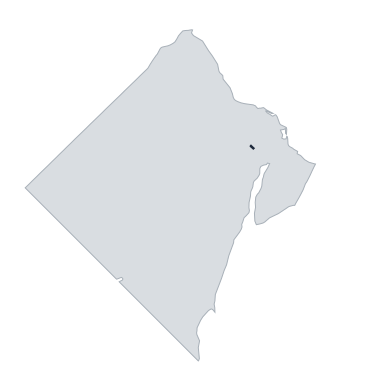 Tura, Al Qahirah, Egypt shown in context, rotated 45°
{"feature_id": "37247803B1884066406604", "entity_name": "Tura", "entity_type": "district", "adm_level": 2, "iso_a3": "EGY", "parent_name": "Egypt", "parent_adm1": "Al Qahirah", "projection": "robinson", "projection_center": [31.303, 29.94], "detail": "fine", "context": "in_parent", "style": "filled", "palette": "slate", "viewbox_px": 384, "rotation_deg": 45, "n_neighbors": 0, "source": "geoboundaries", "source_scale": "gbopen_adm2", "svg_char_len": 3412}
<svg xmlns="http://www.w3.org/2000/svg" viewBox="0 0 384 384"><g transform="rotate(45 192 192)"><path d="M315.9,307.0L309.2,307.0L302.4,307.0L295.6,307.0L288.9,307.0L282.1,307.0L275.4,307.0L268.6,307.0L261.9,307.0L255.1,307.0L248.4,307.0L241.6,307.0L234.9,307.0L228.1,307.0L221.3,307.0L214.6,307.0L207.8,307.0L204.0,307.0L204.6,304.9L205.1,303.4L204.6,302.3L203.3,302.1L202.4,302.4L200.4,306.9L199.4,307.0L197.0,307.0L189.1,307.0L181.2,307.0L173.4,307.0L165.5,307.0L157.6,307.0L149.8,307.0L141.9,307.0L134.0,307.0L126.2,307.0L118.3,307.0L110.4,307.0L102.6,307.0L94.7,307.0L86.8,307.0L79.0,307.0L71.1,307.0L71.2,301.7L71.2,296.3L71.3,291.0L71.3,285.6L71.4,280.3L71.5,274.9L71.5,269.6L71.6,264.2L71.6,258.9L71.7,253.5L71.7,248.2L71.8,242.8L71.8,237.5L71.9,232.1L72.0,226.8L72.1,221.4L72.1,216.1L72.2,210.7L72.3,205.4L72.4,200.0L72.4,194.7L72.5,189.3L72.6,184.0L72.7,178.7L72.8,173.3L72.8,168.0L72.9,162.6L73.0,157.3L73.1,151.9L73.1,146.6L73.2,141.2L73.3,135.9L73.1,134.9L72.1,131.2L71.1,126.6L70.1,120.9L70.0,119.1L68.2,113.3L68.1,111.6L68.6,110.4L71.7,105.5L72.7,103.1L73.5,100.2L73.8,97.9L73.0,94.3L72.0,91.1L71.7,87.8L71.6,84.6L73.2,82.4L75.1,80.3L75.9,79.1L77.0,77.6L77.8,77.0L79.2,79.9L82.4,80.4L92.7,77.8L103.9,80.4L110.2,81.4L119.8,83.6L125.6,87.5L127.2,88.0L131.4,87.9L134.2,90.2L145.2,91.4L151.0,93.9L154.4,96.0L156.4,96.6L158.1,96.5L160.5,95.7L163.6,94.3L166.8,92.3L173.7,87.1L176.1,86.2L177.6,86.5L179.6,86.4L180.4,85.0L181.4,84.1L182.0,83.0L183.0,81.7L186.6,81.3L193.7,79.1L192.9,80.1L186.4,82.6L189.2,82.9L192.0,82.1L195.2,81.5L195.8,80.5L196.2,78.5L196.9,78.2L199.1,78.6L205.7,81.7L207.4,81.7L212.1,80.0L213.1,79.7L214.6,80.6L218.0,84.4L216.8,84.4L213.1,81.1L212.8,82.7L210.7,85.6L213.3,86.8L215.5,87.3L216.6,88.9L217.4,90.4L219.5,89.7L221.0,87.8L220.2,86.7L219.6,85.6L220.3,85.5L221.8,86.5L226.0,90.2L227.4,90.9L229.1,90.8L232.5,89.8L233.4,89.9L238.0,88.6L238.6,89.6L239.3,90.6L243.0,89.4L248.8,89.5L253.6,88.3L259.0,85.3L259.5,84.9L259.8,85.6L260.4,87.6L262.2,92.7L263.7,96.7L265.5,102.2L266.1,104.3L266.3,105.8L269.0,111.8L270.6,116.8L271.8,120.9L273.4,126.8L274.1,128.8L273.0,129.9L270.8,133.8L268.4,146.0L265.1,155.5L264.7,161.5L264.2,163.6L262.5,166.7L260.6,169.6L257.0,168.1L251.2,162.9L247.8,157.9L244.1,154.7L240.7,150.5L239.8,147.4L239.8,145.5L238.3,140.7L237.2,138.5L233.0,133.4L231.8,130.7L230.9,129.5L230.0,127.8L228.4,121.2L226.8,117.0L224.9,118.2L225.3,119.9L223.6,122.4L222.6,125.2L223.4,127.5L226.8,131.0L227.5,132.5L228.3,135.9L228.2,140.4L228.7,141.9L231.3,145.3L232.2,147.3L232.8,149.0L233.6,150.6L236.2,153.5L239.8,159.1L243.3,162.8L245.8,164.6L246.9,166.4L247.1,171.1L247.0,173.4L249.2,177.6L250.0,179.7L252.1,181.4L253.1,183.4L254.0,186.7L255.4,196.2L257.3,198.5L263.1,211.1L267.9,219.0L270.3,224.9L273.9,232.1L281.0,248.0L285.2,252.8L286.9,255.6L289.9,257.7L293.2,260.8L290.1,260.5L289.3,260.6L288.2,261.2L287.7,263.0L287.5,264.5L287.9,272.6L288.8,276.6L291.6,284.4L293.7,286.7L294.7,288.2L296.1,289.3L302.6,291.9L306.4,297.5L315.0,304.6L315.9,306.5L315.9,307.0Z" fill="#d9dde1" stroke="#a8b0b8" stroke-width="1"/><path d="M202.7,118.3L204.9,118.2L204.9,117.3L204.9,117.2L202.7,117.3L202.3,117.3L202.1,117.3L201.8,117.3L201.7,117.3L201.4,117.4L201.2,117.4L200.9,117.3L200.8,117.5L200.7,117.5L200.7,117.8L200.8,117.9L200.9,118.0L200.9,118.3L201.0,118.3L201.3,118.4L201.5,118.4L201.8,118.4L202.1,118.4L202.7,118.3Z" fill="#64748b" stroke="#1e293b" stroke-width="1.5"/></g></svg>